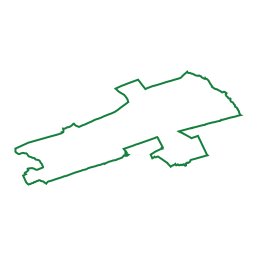 the district of Braesti, Botosani, Romania
{"feature_id": "2599482B30071805057841", "entity_name": "Braesti", "entity_type": "district", "adm_level": 2, "iso_a3": "ROU", "parent_name": "Romania", "parent_adm1": "Botosani", "projection": "natural_earth1", "projection_center": [26.468, 47.861], "detail": "fine", "context": "isolated", "style": "outline", "palette": "green", "viewbox_px": 256, "rotation_deg": 0, "n_neighbors": 0, "source": "geoboundaries", "source_scale": "gbopen_adm2", "svg_char_len": 5666}
<svg xmlns="http://www.w3.org/2000/svg" viewBox="0 0 256 256"><path d="M207.5,155.2L207.2,155.2L205.0,150.6L202.1,144.6L200.9,142.0L198.9,137.9L198.0,135.9L191.4,138.2L191.0,137.9L189.7,137.1L184.6,134.3L183.8,134.0L183.3,133.5L181.3,132.6L179.1,131.6L178.8,131.4L189.2,128.6L191.2,128.2L191.8,128.1L191.7,127.9L193.0,127.6L194.2,127.4L196.1,126.9L202.6,125.2L205.1,124.8L205.5,124.3L205.7,124.2L206.6,124.1L207.7,123.7L208.5,123.5L209.3,123.2L210.1,123.2L211.6,122.6L213.2,122.4L218.6,121.1L220.1,120.9L220.2,120.5L221.6,120.1L221.6,119.8L222.2,119.9L223.9,119.4L224.6,119.3L225.0,119.1L226.0,118.9L228.2,118.2L229.2,118.0L229.6,117.8L235.1,116.6L236.5,116.2L238.0,115.7L240.6,115.1L240.4,115.0L240.0,114.5L239.1,112.4L238.9,111.4L238.7,110.9L238.2,110.4L237.9,109.6L237.8,109.1L237.6,108.9L237.2,108.7L237.2,108.4L237.0,107.9L236.6,107.5L235.3,106.8L235.1,106.6L235.1,106.2L234.9,106.0L234.9,105.3L234.7,104.8L234.0,104.3L233.8,104.0L233.0,102.6L232.6,102.3L231.4,101.8L230.9,101.3L230.5,100.8L230.3,100.3L230.5,98.8L230.3,98.5L230.0,98.5L229.6,98.6L228.5,98.4L227.8,97.2L226.6,96.3L226.3,95.9L226.2,95.5L225.7,94.6L225.7,94.4L226.2,93.7L225.9,93.7L226.0,93.3L226.1,93.0L225.7,92.5L224.9,92.2L224.3,91.8L223.7,91.8L222.9,92.3L222.4,92.3L221.9,92.3L221.4,92.0L221.1,91.6L220.5,91.2L217.1,89.5L216.9,89.2L216.7,89.2L216.6,89.3L216.1,89.2L214.9,88.8L214.7,88.6L214.3,88.5L214.1,88.4L213.7,88.0L213.4,87.9L212.1,86.9L212.3,86.7L211.9,86.2L211.5,85.4L210.7,84.5L209.8,82.8L209.1,81.8L208.7,80.8L207.1,79.2L206.8,79.0L205.8,78.7L205.5,78.6L205.3,78.3L205.2,78.7L205.1,78.9L204.8,78.9L204.5,78.8L202.0,77.5L201.6,77.2L201.0,76.4L200.6,76.2L199.1,75.5L198.8,75.5L198.7,75.8L198.3,75.9L196.1,75.5L194.8,75.0L193.5,74.2L192.3,73.7L191.7,73.6L191.4,73.6L190.0,73.0L188.3,72.9L187.6,72.5L187.5,72.3L187.2,71.7L186.7,72.2L185.7,73.1L183.5,75.0L183.2,75.3L180.8,77.7L180.1,78.1L179.3,78.3L179.0,78.3L178.8,78.5L172.8,80.2L170.8,80.9L169.0,81.3L165.5,82.3L160.6,83.9L156.3,85.2L152.7,86.1L147.1,88.2L145.4,89.1L144.0,87.3L138.1,79.7L128.2,83.3L123.7,85.1L121.7,85.8L115.6,88.6L118.8,91.7L124.2,94.9L124.7,95.4L127.0,98.5L127.4,99.2L128.3,102.0L126.1,103.7L125.0,104.5L120.6,107.7L117.8,109.9L115.0,111.8L113.3,112.6L110.1,114.0L109.4,114.2L109.1,114.2L107.7,114.8L103.2,116.6L101.5,117.5L100.1,118.0L98.4,118.7L97.1,119.0L94.7,119.9L91.6,121.5L86.9,123.5L86.1,124.0L84.3,124.7L82.8,125.2L79.1,126.9L76.6,126.0L76.0,125.7L75.2,125.1L73.9,123.7L73.5,124.0L73.2,124.0L72.2,125.1L70.7,126.2L69.9,126.7L69.5,126.8L68.3,127.2L67.0,127.4L66.6,127.6L65.5,128.4L64.0,128.7L63.1,128.6L63.5,131.0L63.2,132.2L61.7,132.2L61.7,133.2L57.0,134.7L49.9,136.6L28.3,142.7L15.4,148.6L15.5,149.8L15.4,151.4L15.5,151.8L16.4,152.7L18.3,153.9L18.5,154.0L19.0,154.1L20.1,153.8L21.2,153.3L23.0,152.9L23.9,153.0L24.6,153.3L26.2,153.3L26.4,153.4L26.9,153.8L27.4,154.5L28.1,155.6L28.5,156.1L29.0,156.5L30.9,157.0L32.5,157.8L33.7,157.9L34.2,158.1L34.7,158.3L34.9,158.6L35.1,159.1L35.9,159.6L36.8,159.7L38.5,160.1L39.1,160.4L40.0,161.3L40.7,162.8L41.6,163.7L42.3,165.1L42.8,166.5L43.1,167.2L42.9,167.5L42.5,167.7L41.7,167.9L40.4,168.5L39.3,168.9L37.2,169.8L36.2,169.7L35.7,169.6L34.9,169.1L34.1,168.7L32.6,168.2L31.8,168.1L31.2,168.1L29.6,168.4L28.5,168.5L27.7,168.7L27.6,168.8L27.6,169.1L28.3,170.1L27.8,170.7L27.6,171.0L26.6,171.8L25.2,172.6L24.8,173.0L25.9,174.2L24.9,174.6L23.1,175.6L23.9,177.2L25.4,180.6L26.2,182.3L26.7,182.9L28.4,184.5L29.0,184.2L29.6,184.2L29.8,184.2L30.3,184.0L31.1,183.6L31.5,183.5L32.0,183.1L33.1,183.0L33.4,182.8L34.0,182.2L34.4,182.0L34.5,182.0L34.8,182.1L35.0,182.1L35.6,181.8L35.8,181.7L36.2,181.4L36.6,181.2L37.5,180.9L37.8,180.9L38.0,180.7L38.5,180.5L38.7,180.3L39.1,180.4L39.4,180.3L39.6,180.2L40.2,180.4L40.8,180.9L41.0,181.0L41.6,181.1L42.0,181.3L43.1,181.4L44.0,182.0L44.3,182.3L44.5,182.6L44.8,182.7L46.3,183.6L46.6,183.0L47.1,182.5L47.7,181.9L48.5,181.4L50.3,181.0L52.9,180.2L53.1,180.1L54.8,179.5L57.2,178.7L58.9,178.2L62.8,176.9L63.8,176.4L64.6,176.2L65.0,176.2L66.0,176.0L75.0,172.6L81.0,170.8L83.0,170.0L85.8,169.4L86.8,169.0L87.8,168.4L88.7,168.0L89.4,167.9L91.0,167.2L91.9,167.1L92.5,167.0L94.0,166.5L94.8,166.4L95.8,166.1L97.9,165.3L100.1,164.9L101.0,164.6L104.2,163.4L104.7,163.9L106.1,163.0L109.0,161.7L111.4,161.1L112.9,160.5L114.3,160.3L116.1,160.0L116.4,159.7L116.7,159.6L122.1,157.6L123.9,155.5L124.6,155.7L125.2,155.7L125.7,155.8L126.9,155.8L127.2,155.7L127.6,155.4L128.4,154.8L126.7,154.3L125.3,154.2L125.3,153.8L125.4,153.3L125.5,152.1L126.4,152.2L125.8,151.2L125.6,151.2L125.4,151.4L125.2,150.9L124.9,150.4L124.1,149.4L123.7,148.9L128.4,147.3L130.0,146.7L131.7,146.2L136.6,144.3L137.8,144.0L143.0,142.2L147.2,140.7L148.8,140.2L151.1,139.3L152.9,138.7L153.8,138.4L155.3,137.9L155.4,137.7L157.2,137.1L157.7,137.7L158.0,138.1L158.4,139.1L160.4,142.9L162.7,147.2L161.8,147.7L162.5,148.6L160.2,149.3L154.8,151.9L154.2,152.4L150.7,154.6L152.3,158.3L153.6,157.6L154.6,156.7L154.7,156.8L155.3,157.2L155.8,157.3L156.4,157.2L156.9,156.8L157.4,156.5L157.8,156.5L158.0,156.6L162.0,159.2L166.5,162.4L167.3,162.8L167.4,163.2L170.7,166.7L171.0,166.3L171.5,166.0L172.9,165.3L173.5,165.2L174.5,164.6L175.2,164.0L175.4,164.4L176.0,165.0L176.2,165.3L177.8,164.4L178.1,164.8L178.5,165.2L179.1,165.3L179.4,165.3L179.7,165.1L180.0,165.1L180.6,164.7L181.0,164.8L181.5,165.1L181.9,164.9L182.6,165.0L183.0,164.5L183.4,164.3L183.7,164.4L184.3,165.1L184.8,165.5L185.2,165.7L185.7,165.6L186.0,165.4L186.0,164.5L186.1,164.0L185.8,163.6L187.3,162.6L187.5,162.6L187.7,162.9L187.9,163.0L188.4,162.8L190.0,161.7L190.3,161.0L190.4,160.3L190.9,159.9L195.8,158.6L196.0,158.6L196.8,158.3L197.8,158.0L205.0,156.0L207.6,155.3L207.5,155.2Z" fill="none" stroke="#15803d" stroke-width="2"/></svg>